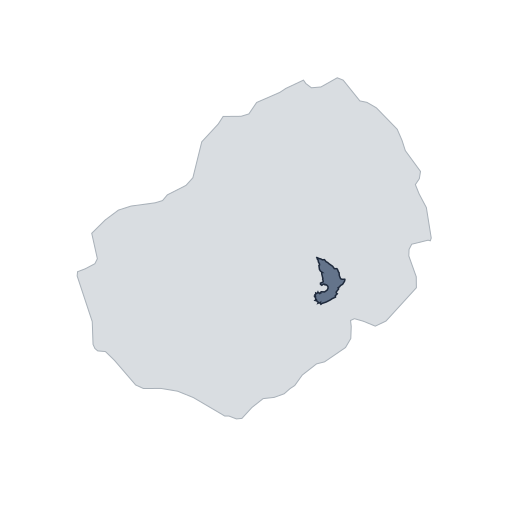 location of Sopishte, Sopište, North Macedonia, rotated 158°
{"feature_id": "65306769B38681121769962", "entity_name": "Sopishte", "entity_type": "district", "adm_level": 2, "iso_a3": "MKD", "parent_name": "North Macedonia", "parent_adm1": "Sopište", "projection": "mercator", "projection_center": [21.357, 41.849], "detail": "fine", "context": "in_parent", "style": "filled", "palette": "slate", "viewbox_px": 512, "rotation_deg": 158, "n_neighbors": 0, "source": "geoboundaries", "source_scale": "gbopen_adm2", "svg_char_len": 2332}
<svg xmlns="http://www.w3.org/2000/svg" viewBox="0 0 512 512"><g transform="rotate(158 256 256)"><path d="M232.3,132.2L240.3,133.3L257.7,128.3L268.6,121.4L274.1,120.3L281.5,117.7L292.1,118.1L302.8,121.1L316.5,117.1L329.9,110.7L335.2,112.3L341.1,117.8L344.9,119.3L367.1,148.2L379.3,160.0L393.7,168.8L410.0,175.3L415.9,181.5L426.3,212.2L431.4,223.8L438.3,227.3L440.0,230.6L440.2,235.1L432.4,256.5L429.3,304.5L427.3,308.3L419.2,308.1L408.3,309.2L404.1,312.9L399.8,338.6L382.3,345.9L366.4,350.1L353.1,349.1L329.6,343.1L321.9,342.4L315.3,345.9L294.4,347.7L285.2,352.2L263.5,382.2L241.6,392.5L234.2,397.7L217.5,391.1L209.4,390.4L197.9,398.1L172.5,398.8L165.6,400.2L146.1,401.3L145.2,397.2L141.6,391.2L132.5,388.4L113.9,390.8L109.3,386.4L101.6,360.9L95.6,356.9L88.9,348.3L77.6,320.6L77.3,308.4L78.1,297.8L71.8,272.8L75.6,266.5L81.5,262.5L81.5,252.4L79.9,237.1L86.8,207.0L88.7,204.8L90.5,206.2L107.2,208.6L111.6,204.8L114.3,198.8L115.2,176.7L119.2,166.5L159.8,147.0L171.7,146.3L180.9,155.3L188.2,161.0L192.5,160.8L194.1,155.0L199.0,144.0L207.3,137.6L232.0,132.2L232.3,132.2Z" fill="#d9dde1" stroke="#a8b0b8" stroke-width="1"/><path d="M200.6,232.3L200.1,231.3L200.3,229.8L199.9,229.0L200.4,227.1L200.1,224.9L200.4,223.9L201.2,223.7L202.2,219.8L201.9,217.9L200.8,216.1L201.2,216.3L201.8,214.5L202.4,210.1L202.9,209.6L203.1,207.3L203.7,206.8L206.4,206.7L206.8,205.6L205.7,203.7L205.8,204.2L204.1,204.7L202.8,204.0L203.0,203.6L202.5,203.2L201.5,202.9L200.7,200.9L201.2,199.2L202.7,197.8L205.8,197.0L208.9,198.4L209.7,198.1L209.9,197.4L210.7,197.7L211.0,197.4L211.5,198.3L212.1,198.5L212.1,199.4L212.8,198.8L213.9,198.6L214.5,199.3L214.9,198.3L215.9,198.0L215.9,197.0L216.5,197.0L216.2,196.1L216.8,196.1L216.4,195.3L216.8,193.7L216.5,193.3L217.9,192.7L216.9,192.0L216.4,192.1L216.3,190.8L215.4,189.7L216.2,189.0L215.1,189.0L214.4,188.5L213.8,188.7L214.2,188.1L213.9,186.9L212.7,187.3L208.4,187.0L203.7,187.4L201.3,187.9L197.7,188.1L197.3,189.5L194.8,190.5L195.4,191.6L195.2,192.5L191.7,194.5L191.8,195.8L190.1,196.1L188.6,197.0L186.3,197.3L183.4,199.4L182.4,200.8L182.4,201.2L185.0,202.2L186.1,203.3L186.1,206.5L185.2,209.5L185.5,210.1L185.5,213.2L185.8,214.0L188.1,214.9L188.8,217.8L191.3,221.6L192.0,223.2L193.1,224.3L193.9,227.0L195.9,227.6L197.0,229.0L198.3,229.9L200.6,232.3Z" fill="#64748b" stroke="#1e293b" stroke-width="1.5"/></g></svg>